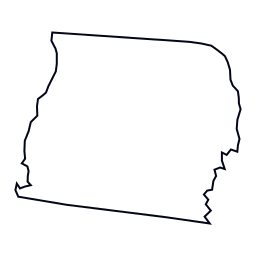 Ibema, Paraná, Brazil
{"feature_id": "56859067B69632194829853", "entity_name": "Ibema", "entity_type": "district", "adm_level": 2, "iso_a3": "BRA", "parent_name": "Brazil", "parent_adm1": "Paraná", "projection": "robinson", "projection_center": [-53.02, -25.153], "detail": "fine", "context": "isolated", "style": "outline", "palette": "ink", "viewbox_px": 256, "rotation_deg": 0, "n_neighbors": 0, "source": "geoboundaries", "source_scale": "gbopen_adm2", "svg_char_len": 900}
<svg xmlns="http://www.w3.org/2000/svg" viewBox="0 0 256 256"><path d="M52.3,32.5L51.4,40.7L55.5,48.6L56.8,53.4L56.8,63.9L55.8,71.4L48.3,86.4L46.0,92.6L42.6,95.5L38.0,99.0L37.0,106.1L37.3,115.7L30.8,122.1L28.6,131.3L24.8,140.7L24.4,151.1L25.1,158.7L21.8,163.4L27.4,166.4L28.6,171.2L27.8,176.0L27.6,181.7L30.8,185.2L25.1,186.5L20.0,188.4L16.8,183.6L15.4,190.1L18.3,196.7L66.7,204.8L166.6,217.3L209.7,223.5L204.6,216.6L210.8,210.6L205.8,204.3L208.3,199.7L203.9,194.5L207.2,190.6L212.1,189.7L213.4,180.9L216.1,176.0L214.5,169.7L220.1,167.5L224.7,169.0L221.9,160.5L221.9,152.5L226.7,154.9L230.9,149.5L237.3,151.7L238.0,144.9L239.5,139.0L236.7,128.9L237.4,119.7L240.6,109.2L238.9,103.4L238.8,97.9L237.9,91.2L232.8,85.6L230.5,79.7L230.0,69.8L227.7,62.1L224.9,56.1L221.5,53.2L216.1,49.1L211.3,45.7L201.4,43.5L189.9,41.9L160.3,39.8L154.9,39.5L52.3,32.5Z" fill="none" stroke="#020617" stroke-width="2"/></svg>